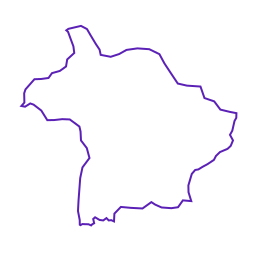 Pera Pedi, Limassol, Cyprus (Robinson projection), rotated 183°
{"feature_id": "46923920B54392768580932", "entity_name": "Pera Pedi", "entity_type": "district", "adm_level": 2, "iso_a3": "CYP", "parent_name": "Cyprus", "parent_adm1": "Limassol", "projection": "robinson", "projection_center": [32.873, 34.863], "detail": "fine", "context": "isolated", "style": "outline", "palette": "violet", "viewbox_px": 256, "rotation_deg": 183, "n_neighbors": 0, "source": "geoboundaries", "source_scale": "gbopen_adm2", "svg_char_len": 1338}
<svg xmlns="http://www.w3.org/2000/svg" viewBox="0 0 256 256"><g transform="rotate(183 128 128)"><path d="M61.0,58.3L64.2,67.0L64.7,73.8L61.9,85.5L58.7,89.6L55.6,90.3L51.4,93.2L46.8,96.0L40.5,100.7L38.7,104.7L34.9,108.8L27.5,112.4L24.5,115.5L22.5,121.1L25.8,126.5L23.7,130.8L22.0,140.6L20.4,143.8L20.5,148.5L27.0,149.4L36.7,151.2L43.3,159.1L53.2,161.9L57.8,173.2L71.4,173.4L80.6,175.0L87.4,184.1L95.0,194.4L100.5,203.4L110.9,207.8L122.8,208.0L133.6,205.9L140.7,201.4L149.0,198.2L159.1,199.6L160.5,204.8L164.6,210.3L170.4,218.9L174.1,224.6L175.5,225.3L180.3,227.5L192.7,223.9L194.7,222.3L192.9,220.9L190.0,214.1L186.8,206.7L185.6,200.1L192.3,193.3L193.1,186.2L199.1,181.4L206.8,178.8L210.0,173.8L217.3,172.4L224.0,171.8L232.4,161.2L233.5,157.2L232.8,148.0L235.6,144.4L231.9,143.9L226.9,147.4L223.5,146.4L215.5,140.9L209.0,131.6L202.0,132.1L194.1,133.4L186.6,133.5L176.6,126.9L175.2,122.0L174.3,113.1L168.1,105.8L164.9,96.0L171.4,86.3L173.1,75.5L173.3,67.0L173.6,53.1L173.6,42.5L171.4,33.5L171.1,28.9L170.4,28.5L168.5,29.7L166.1,29.7L162.4,29.8L159.7,28.8L158.7,30.0L156.8,31.1L158.0,35.3L156.2,37.1L151.6,34.7L147.9,34.4L144.8,36.9L142.4,34.7L139.9,35.1L137.1,34.0L137.1,41.8L131.0,48.8L120.9,48.4L109.3,48.4L100.8,55.2L96.8,52.9L90.3,50.4L80.5,50.2L73.9,51.5L69.4,58.6L61.0,58.3Z" fill="none" stroke="#5b21b6" stroke-width="2"/></g></svg>